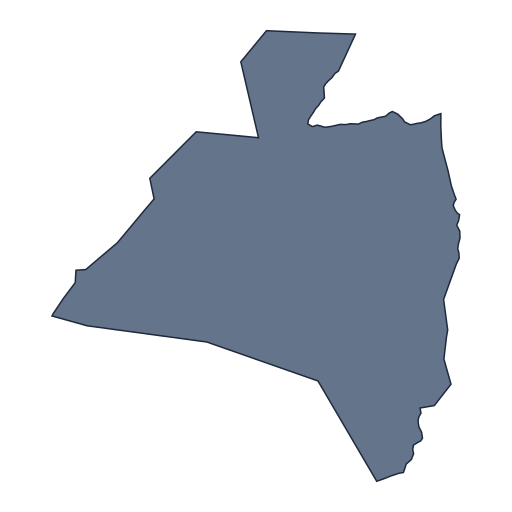 outline of Santa María Tataltepec, Oaxaca, Mexico
{"feature_id": "50627088B49093080347396", "entity_name": "Santa María Tataltepec", "entity_type": "district", "adm_level": 2, "iso_a3": "MEX", "parent_name": "Mexico", "parent_adm1": "Oaxaca", "projection": "orthographic", "projection_center": [-97.385, 17.136], "detail": "fine", "context": "isolated", "style": "filled", "palette": "slate", "viewbox_px": 512, "rotation_deg": 0, "n_neighbors": 0, "source": "geoboundaries", "source_scale": "gbopen_adm2", "svg_char_len": 1525}
<svg xmlns="http://www.w3.org/2000/svg" viewBox="0 0 512 512"><path d="M76.0,270.2L75.2,282.7L63.6,298.1L54.1,312.3L53.4,313.3L52.0,316.0L87.1,325.8L206.7,342.0L318.0,381.0L376.6,481.1L376.7,481.3L385.6,478.1L391.3,475.8L395.4,474.5L398.8,473.3L403.4,472.5L404.8,468.6L406.2,464.1L408.7,461.9L411.4,459.5L413.6,453.7L412.7,449.8L413.4,445.2L417.4,442.7L420.7,440.9L422.5,438.2L421.6,432.2L418.9,426.8L418.3,423.3L418.1,420.2L419.0,416.6L421.0,413.1L420.0,408.0L434.3,405.6L451.0,384.2L443.9,359.0L446.5,336.9L447.7,330.0L443.6,299.4L456.4,263.9L459.2,258.3L458.9,252.9L457.7,248.6L458.5,243.7L460.0,238.1L459.8,231.2L456.7,225.1L458.6,220.7L459.6,214.8L457.1,212.9L455.3,210.3L453.3,205.9L454.0,202.6L456.1,199.2L454.2,194.3L451.3,185.6L448.1,171.0L444.8,158.6L442.0,147.8L441.5,141.1L440.8,126.7L440.9,113.6L434.3,115.8L430.6,118.8L425.7,121.4L420.6,122.9L416.8,123.4L413.3,124.3L410.2,124.7L404.5,121.8L402.7,118.9L397.8,114.1L392.3,111.5L389.3,113.0L385.5,116.3L377.6,117.8L373.7,119.8L370.6,120.4L366.9,121.4L362.6,122.1L358.3,124.1L350.4,123.7L345.8,124.6L340.1,124.4L331.9,126.3L325.0,127.3L317.4,125.1L312.3,126.6L310.4,125.5L307.8,123.9L308.5,119.8L310.8,116.1L313.6,112.1L315.4,108.9L318.6,105.4L320.6,102.2L324.5,97.9L324.4,97.2L324.2,94.2L324.0,90.7L323.6,87.4L325.4,84.0L328.7,80.5L332.0,77.6L334.8,73.6L338.5,71.0L355.5,34.1L316.7,32.9L266.5,30.7L240.8,61.8L258.5,137.7L196.2,131.8L149.8,178.3L154.1,198.9L142.5,212.6L117.4,242.7L85.7,269.6L76.0,270.2Z" fill="#64748b" stroke="#1e293b" stroke-width="1.5"/></svg>